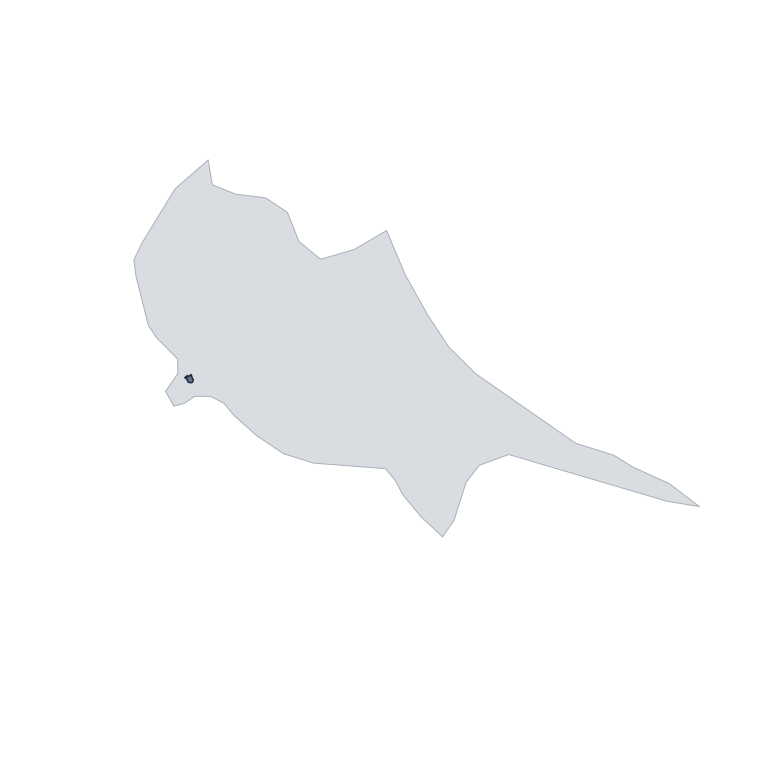 location of Trachoni Lemesou, Cyprus, rotated 54°
{"feature_id": "46923920B27703418530208", "entity_name": "Trachoni Lemesou", "entity_type": "district", "adm_level": 2, "iso_a3": "CYP", "parent_name": "Cyprus", "parent_adm1": "", "projection": "equal_earth", "projection_center": [32.957, 34.656], "detail": "fine", "context": "in_parent", "style": "filled", "palette": "slate", "viewbox_px": 768, "rotation_deg": 54, "n_neighbors": 0, "source": "geoboundaries", "source_scale": "gbopen_adm2", "svg_char_len": 1563}
<svg xmlns="http://www.w3.org/2000/svg" viewBox="0 0 768 768"><g transform="rotate(54 384 384)"><path d="M535.3,407.2L542.1,426.4L513.3,432.1L484.4,433.9L468.4,431.5L453.3,432.6L406.6,487.5L381.4,506.2L351.4,517.3L320.9,523.9L305.5,524.8L292.0,531.7L282.6,544.5L282.3,556.9L278.3,567.1L261.5,565.0L254.5,544.9L242.6,536.3L212.9,540.8L198.4,540.3L150.9,521.2L136.6,513.4L127.7,497.0L103.3,438.2L99.4,394.7L122.1,405.8L143.4,392.3L163.9,370.3L188.3,361.3L203.6,365.1L218.6,369.0L245.8,362.0L257.6,329.3L261.4,291.7L307.4,302.5L354.0,308.1L392.1,309.9L429.7,303.8L544.7,263.7L577.1,239.8L597.3,231.6L632.2,211.8L668.6,200.9L645.4,223.8L514.3,324.6L505.8,354.6L511.8,375.4L530.4,400.6L535.3,407.2Z" fill="#d9dde1" stroke="#a8b0b8" stroke-width="1"/><path d="M262.0,541.4L262.9,541.1L263.5,540.8L264.2,540.7L264.5,540.8L265.0,541.1L265.6,540.8L265.8,540.7L266.0,540.7L266.5,541.0L266.9,541.3L267.4,541.2L267.7,541.2L267.8,541.1L267.9,540.9L268.3,540.7L268.7,540.2L269.0,539.8L269.4,539.5L269.8,538.9L269.9,538.5L269.9,538.3L269.9,537.9L269.9,537.5L269.6,537.3L269.3,536.9L269.1,536.6L268.8,536.0L268.6,535.9L268.1,535.8L267.5,535.6L267.1,535.6L266.6,535.6L266.0,535.5L265.6,535.4L265.3,535.2L265.0,535.1L264.6,535.0L264.3,534.9L263.8,534.6L263.3,534.6L262.9,534.7L263.1,535.1L263.2,535.8L263.1,536.5L263.1,537.0L263.0,537.5L262.5,537.6L262.6,537.8L262.8,538.2L262.9,538.8L262.8,539.1L262.4,539.1L261.8,539.0L261.6,538.9L261.7,539.3L261.6,539.7L261.7,540.4L261.8,541.2L261.8,541.4L262.0,541.4L262.0,541.4Z" fill="#64748b" stroke="#1e293b" stroke-width="1.5"/></g></svg>